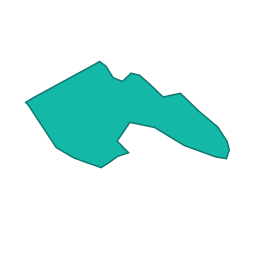 outline of Wilton'S Yard/Grave Yard, Castries, Saint Lucia, rotated 38°
{"feature_id": "8701671B87901537971964", "entity_name": "Wilton'S Yard/Grave Yard", "entity_type": "district", "adm_level": 2, "iso_a3": "LCA", "parent_name": "Saint Lucia", "parent_adm1": "Castries", "projection": "mercator", "projection_center": [-60.986, 14.01], "detail": "fine", "context": "isolated", "style": "filled", "palette": "teal", "viewbox_px": 256, "rotation_deg": 38, "n_neighbors": 0, "source": "geoboundaries", "source_scale": "gbopen_adm2", "svg_char_len": 574}
<svg xmlns="http://www.w3.org/2000/svg" viewBox="0 0 256 256"><g transform="rotate(38 128 128)"><path d="M224.4,91.6L221.3,82.9L214.2,77.5L198.3,72.0L173.6,71.1L147.9,68.4L136.5,82.0L119.7,80.2L104.7,79.3L96.7,82.9L94.9,94.8L85.2,97.5L72.9,93.0L64.7,93.0L60.2,103.8L35.5,160.7L31.6,170.8L34.9,171.2L83.5,187.6L90.5,186.7L103.8,184.9L105.0,184.5L117.4,180.5L131.2,175.8L134.7,165.8L137.3,156.7L143.7,147.1L127.5,145.0L126.8,134.1L126.0,122.5L148.6,111.2L167.0,109.1L182.9,107.2L214.9,96.8L219.4,94.3L224.4,91.6Z" fill="#14b8a6" stroke="#0f766e" stroke-width="1.5"/></g></svg>